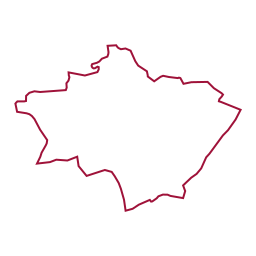 outline of Gulbene
{"feature_id": "LVA-1083", "entity_name": "Gulbene", "entity_type": "Municipality", "adm_level": 1, "iso_a3": "LVA", "parent_name": "Latvia", "parent_adm1": "", "projection": "orthographic", "projection_center": [26.543, 57.177], "detail": "fine", "context": "isolated", "style": "outline", "palette": "rose", "viewbox_px": 256, "rotation_deg": 0, "n_neighbors": 0, "source": "natural_earth", "source_scale": "10m", "svg_char_len": 1390}
<svg xmlns="http://www.w3.org/2000/svg" viewBox="0 0 256 256"><path d="M40.1,92.0L65.8,90.1L66.7,87.6L66.4,83.3L68.5,80.6L69.4,77.2L68.8,75.3L68.6,72.4L84.9,75.5L97.4,72.1L98.7,69.4L98.7,67.1L97.5,66.7L95.0,68.2L93.7,68.4L92.6,67.8L91.8,66.7L91.6,65.4L92.2,64.1L96.9,62.8L99.3,61.5L101.9,58.7L107.4,56.6L108.3,54.0L108.5,52.2L107.6,45.8L116.2,45.3L117.3,46.9L118.4,48.0L120.9,49.2L125.5,48.5L130.6,50.7L135.3,61.2L138.2,65.6L146.9,71.3L147.7,75.1L147.8,76.5L154.2,81.3L160.6,76.8L163.1,75.8L168.9,77.0L177.9,78.1L178.6,77.7L179.7,77.8L180.4,78.1L183.5,83.8L191.4,82.2L207.6,81.9L213.9,88.2L221.6,93.2L223.0,94.6L221.7,96.6L219.4,99.1L219.1,100.2L218.9,101.3L220.9,101.9L240.6,109.8L235.6,119.5L228.0,130.2L222.9,135.4L211.9,150.4L209.4,153.8L206.2,157.3L201.2,168.4L196.6,173.9L191.2,177.7L183.1,185.4L184.7,189.8L185.2,191.0L183.1,198.1L170.4,195.9L167.6,194.7L162.9,194.6L158.4,196.3L156.7,198.3L152.3,201.4L151.1,201.6L149.8,199.9L138.8,204.7L132.6,208.8L125.6,210.7L124.0,199.7L120.9,188.8L118.7,183.0L114.7,176.2L111.7,171.9L104.8,170.0L86.6,175.9L78.6,166.1L77.2,156.7L67.4,160.5L56.3,159.7L50.0,162.1L37.0,163.6L40.3,156.8L41.6,152.7L45.8,145.3L46.7,143.4L47.2,140.1L40.1,129.7L34.5,119.1L31.9,116.0L29.4,114.2L26.6,113.3L17.1,111.8L15.4,103.6L16.2,102.6L17.4,101.4L24.2,101.4L26.0,101.0L26.1,95.9L29.4,92.8L34.4,91.3L40.1,92.0Z" fill="none" stroke="#9f1239" stroke-width="2"/></svg>